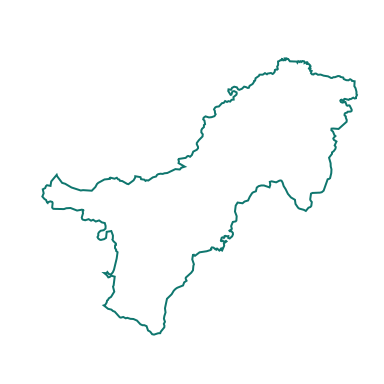 the district of Ambatolampy, Vakinankaratra, Madagascar, rotated 279°
{"feature_id": "10022922B90393204210047", "entity_name": "Ambatolampy", "entity_type": "district", "adm_level": 2, "iso_a3": "MDG", "parent_name": "Madagascar", "parent_adm1": "Vakinankaratra", "projection": "orthographic", "projection_center": [47.599, -19.422], "detail": "fine", "context": "isolated", "style": "outline", "palette": "teal", "viewbox_px": 384, "rotation_deg": 279, "n_neighbors": 0, "source": "geoboundaries", "source_scale": "gbopen_adm2", "svg_char_len": 6062}
<svg xmlns="http://www.w3.org/2000/svg" viewBox="0 0 384 384"><g transform="rotate(279 192 192)"><path d="M187.8,55.7L180.4,51.3L175.9,51.3L176.0,47.7L174.9,46.8L172.9,46.4L171.3,44.2L167.5,45.7L164.1,44.9L162.0,47.4L161.3,49.1L159.1,50.4L158.6,51.2L159.5,51.5L160.6,53.6L160.3,55.5L159.3,56.1L154.9,56.3L154.0,57.0L153.7,58.0L155.1,68.2L156.3,70.4L157.2,74.5L155.7,81.4L157.3,86.0L157.2,87.4L156.7,87.6L155.5,87.1L154.0,87.7L149.5,87.1L148.0,87.9L147.6,88.6L147.4,90.9L149.0,94.2L147.9,96.8L149.1,98.7L147.8,101.6L149.4,104.7L147.9,107.7L147.7,110.7L144.9,112.0L142.3,112.3L140.5,110.8L139.4,107.8L137.5,106.3L136.1,105.9L134.4,106.3L132.7,105.7L131.4,106.7L130.5,108.3L130.4,109.5L131.7,112.6L133.3,114.3L139.3,114.0L140.8,118.4L136.7,120.7L133.4,121.1L132.6,120.8L131.2,122.0L129.2,124.9L127.9,125.2L127.7,124.6L127.0,124.4L124.6,124.7L123.1,126.1L122.0,126.2L120.9,127.9L114.5,128.0L103.1,127.1L100.4,126.4L98.0,125.0L97.9,122.9L99.7,120.9L98.5,120.3L98.2,118.0L96.5,120.9L94.6,122.7L95.1,123.9L96.7,125.4L96.3,128.9L87.5,129.2L86.2,128.8L81.4,130.8L75.8,128.5L73.9,126.4L72.4,126.0L71.5,125.1L69.5,125.0L67.0,124.0L66.2,122.6L63.5,127.4L63.2,130.8L62.1,132.5L61.7,134.4L57.0,140.2L56.8,141.4L57.8,143.6L56.9,146.3L57.6,147.8L57.1,151.0L57.4,154.0L56.4,157.8L53.3,161.7L52.7,163.9L53.0,165.7L52.4,168.1L48.4,170.2L47.5,172.6L45.3,174.9L45.2,176.8L47.2,180.7L47.6,182.7L49.1,183.0L54.0,185.8L55.6,185.7L57.3,184.8L59.6,185.6L62.4,184.1L65.0,184.1L68.9,184.7L72.9,183.5L82.6,184.0L87.8,187.9L91.6,189.4L93.7,190.9L95.1,192.4L98.3,197.8L101.5,198.4L103.5,200.5L105.4,199.3L106.5,199.3L112.2,203.9L114.8,205.2L119.4,204.9L120.9,205.2L125.5,202.8L130.0,202.8L130.3,203.7L129.5,204.4L129.5,205.0L133.6,208.9L135.8,215.8L137.6,219.4L138.2,220.0L139.1,219.6L140.4,220.3L140.4,222.0L139.2,223.8L139.7,224.6L138.9,225.1L139.9,226.0L138.4,228.2L139.1,228.9L140.6,229.3L141.1,230.3L140.7,230.7L139.1,230.3L138.9,230.9L144.0,232.2L146.2,231.5L148.6,233.8L149.0,233.2L148.0,231.7L148.1,230.8L148.7,230.0L148.1,229.2L148.1,228.4L148.6,228.1L151.5,228.5L152.1,229.6L151.6,230.7L152.3,231.2L153.6,231.1L153.9,231.7L153.7,233.6L154.1,234.8L152.3,235.0L152.0,236.5L154.5,238.6L156.6,239.1L158.1,238.7L159.3,237.2L159.2,235.4L159.7,235.0L161.3,236.9L161.9,237.1L164.4,236.0L168.8,237.0L169.8,239.7L170.7,240.3L175.1,239.9L179.4,237.5L185.4,237.3L188.7,238.7L188.8,243.7L190.8,245.4L192.4,248.7L196.3,249.8L200.2,251.5L201.3,252.5L202.7,255.0L206.5,255.3L208.2,256.9L209.3,259.4L209.7,262.1L208.7,267.8L211.2,268.2L214.2,267.3L215.0,269.0L214.7,273.6L216.9,276.6L217.3,277.9L217.1,278.7L215.5,280.0L212.2,281.6L209.5,284.0L205.2,287.0L202.1,290.6L200.4,294.9L196.4,296.1L193.1,299.2L192.4,300.5L191.9,305.2L191.1,307.4L194.7,309.5L195.7,311.3L197.0,312.0L200.8,311.9L202.2,310.4L203.3,309.9L209.0,309.8L209.9,311.1L211.4,318.5L212.1,320.2L213.9,321.8L225.8,324.0L226.5,325.5L227.3,326.2L232.4,326.6L236.2,326.2L239.0,325.0L242.1,324.4L247.3,322.0L251.6,324.3L253.0,324.1L254.4,325.5L256.8,326.8L258.4,327.0L259.2,326.8L260.3,325.6L264.5,326.8L265.7,324.0L266.8,323.2L267.8,323.5L269.7,324.9L270.5,323.7L273.7,321.8L274.8,320.0L276.0,319.9L276.4,319.9L276.8,321.5L277.2,326.9L285.5,333.7L287.3,333.6L289.4,332.3L290.7,332.1L291.6,330.7L292.8,330.5L293.9,331.0L294.7,332.7L295.6,333.1L296.3,336.2L297.2,337.0L298.4,336.8L302.0,334.2L302.2,333.5L301.5,332.0L301.8,331.2L304.9,329.4L303.8,326.5L304.2,325.0L305.3,324.2L306.2,324.5L306.6,325.4L305.8,327.0L306.1,327.6L307.6,327.8L307.9,328.3L307.5,332.3L308.5,333.2L308.6,334.3L310.4,336.5L309.8,338.0L310.3,339.3L311.5,339.1L313.7,339.8L314.4,339.1L316.6,338.8L320.1,337.3L321.9,335.8L326.8,335.3L326.8,332.6L327.6,332.1L328.1,330.5L326.8,329.1L326.6,326.9L327.3,324.2L328.7,323.5L328.9,320.6L329.5,319.9L329.4,318.1L327.7,315.1L327.5,313.7L326.6,312.6L326.4,311.5L327.5,308.3L327.5,303.8L328.1,300.7L327.5,298.1L328.4,295.8L327.9,294.2L327.1,293.7L327.0,292.2L328.0,290.9L330.2,291.2L330.1,289.9L331.6,289.2L332.2,288.2L332.7,288.4L332.7,289.6L333.7,289.1L334.7,289.4L334.9,288.7L335.8,288.6L336.6,287.5L336.5,285.7L337.7,286.0L338.2,285.6L338.1,285.0L337.3,284.7L337.6,283.9L337.0,283.0L337.9,282.9L338.6,282.3L338.6,280.4L337.6,279.9L338.1,278.5L337.2,278.1L337.8,276.5L336.2,275.9L337.2,275.1L336.4,268.2L338.4,266.2L338.3,265.3L338.8,264.6L338.5,263.0L337.3,263.9L336.7,263.3L337.0,262.5L336.4,261.6L337.5,260.6L337.5,260.0L336.2,259.8L336.1,258.7L335.2,258.0L334.4,256.6L331.0,257.2L329.1,256.5L326.9,257.5L326.2,257.0L326.1,255.7L325.5,254.8L323.7,254.9L321.7,253.8L321.2,253.1L321.9,251.4L320.8,248.2L320.0,247.6L320.8,245.5L319.0,243.6L318.4,240.3L317.1,239.9L314.3,237.0L311.9,236.9L311.3,235.9L310.2,235.9L308.1,234.9L305.9,232.3L303.8,231.8L303.5,230.7L304.1,228.8L304.2,227.0L301.7,225.1L300.3,222.7L300.6,221.5L302.4,219.9L302.6,217.2L301.2,215.3L299.1,214.6L299.1,212.0L297.4,212.0L294.0,214.9L294.3,215.7L297.1,216.1L297.9,216.7L298.2,217.9L297.4,220.4L296.2,220.8L295.0,220.6L292.2,218.1L289.8,218.7L289.2,216.6L287.3,215.6L287.4,213.7L286.4,212.5L287.0,210.5L285.0,209.4L284.4,207.7L280.7,205.2L280.0,202.8L279.1,201.7L277.1,200.8L275.6,201.9L273.5,202.4L272.5,203.2L270.4,202.3L269.0,199.7L268.3,197.1L268.8,193.5L267.2,191.9L265.5,191.7L264.5,193.1L261.0,194.3L260.0,193.3L257.9,193.6L256.1,192.1L254.5,191.6L252.3,191.9L250.7,193.6L248.5,193.7L244.3,190.7L241.2,189.1L240.0,189.2L237.5,190.9L236.2,191.1L234.5,190.2L232.1,186.9L228.5,186.1L226.5,184.6L227.0,183.0L226.7,181.9L224.7,180.4L222.6,173.8L221.8,173.5L220.2,174.3L218.4,174.2L215.9,180.9L214.3,177.7L212.3,176.4L212.0,172.0L206.9,164.6L206.2,161.9L205.3,160.3L205.1,157.9L204.3,155.8L203.4,154.8L201.7,154.1L200.3,151.0L196.5,147.1L196.5,145.4L195.7,144.3L196.7,143.1L196.7,139.7L198.6,138.8L198.7,133.5L197.3,133.6L194.4,132.5L189.8,128.0L189.9,126.6L191.9,121.4L191.8,119.0L192.9,118.3L193.0,117.0L194.3,115.5L193.0,113.4L193.4,109.2L193.1,108.6L192.1,108.8L190.7,103.6L186.4,98.0L185.0,96.9L181.8,95.8L177.6,92.8L176.8,84.1L176.1,81.9L177.6,72.3L180.3,65.4L180.7,62.3L186.4,56.4L187.8,55.7Z" fill="none" stroke="#0f766e" stroke-width="2"/></g></svg>